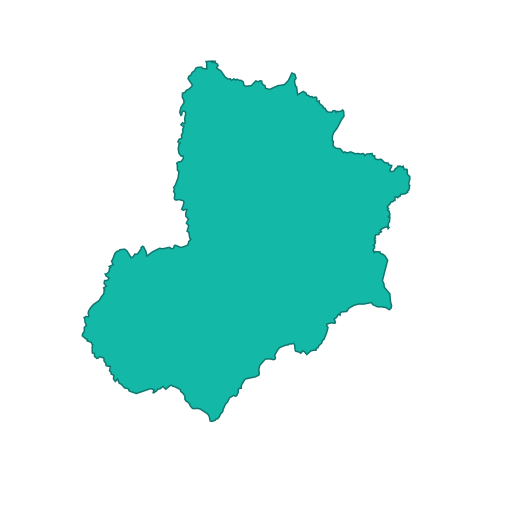 Maevatanana, Betsiboka, Madagascar (Mercator projection), rotated 208°
{"feature_id": "10022922B61824869015313", "entity_name": "Maevatanana", "entity_type": "district", "adm_level": 2, "iso_a3": "MDG", "parent_name": "Madagascar", "parent_adm1": "Betsiboka", "projection": "mercator", "projection_center": [47.013, -17.22], "detail": "fine", "context": "isolated", "style": "filled", "palette": "teal", "viewbox_px": 512, "rotation_deg": 208, "n_neighbors": 0, "source": "geoboundaries", "source_scale": "gbopen_adm2", "svg_char_len": 6087}
<svg xmlns="http://www.w3.org/2000/svg" viewBox="0 0 512 512"><g transform="rotate(208 256 256)"><path d="M386.8,407.1L391.4,404.3L390.1,403.2L387.3,398.1L391.3,396.5L392.7,397.3L396.4,394.9L397.3,393.6L397.2,390.7L398.6,388.1L398.4,385.3L399.7,383.1L399.3,380.7L392.4,377.0L392.4,375.0L393.9,371.3L395.3,369.6L395.5,367.2L397.4,365.2L395.5,361.4L393.6,360.4L391.5,357.7L392.0,351.7L390.8,347.1L388.3,344.9L387.9,345.6L388.8,348.6L388.2,349.8L387.0,350.4L385.1,349.2L383.3,343.3L381.1,340.4L381.5,339.2L383.4,339.2L384.0,336.9L383.3,336.4L380.5,336.5L380.2,333.1L378.7,331.3L378.6,327.6L377.0,325.6L377.2,324.4L378.6,323.2L378.6,320.2L377.6,319.6L376.0,320.0L376.3,318.0L375.0,314.1L372.2,310.5L368.9,309.0L367.3,310.0L366.0,308.3L366.5,304.2L368.7,302.6L369.6,300.7L368.4,299.7L365.6,294.8L363.7,294.4L361.5,288.5L360.5,280.4L360.9,277.8L359.5,276.8L359.0,274.2L356.6,272.8L355.3,268.6L354.1,267.7L352.7,267.9L350.7,269.6L346.3,270.6L345.0,270.1L343.9,266.2L343.6,262.4L341.7,262.2L339.7,264.5L338.8,264.4L338.2,261.1L336.6,258.1L333.1,257.1L332.9,252.3L329.6,251.2L328.5,245.5L326.4,245.4L323.0,240.8L321.4,240.3L322.2,237.1L321.3,233.8L324.2,230.2L326.5,228.2L332.2,227.7L333.0,226.8L332.5,224.5L333.1,223.3L334.3,222.7L336.4,223.1L342.0,218.4L344.7,217.6L349.4,211.0L352.4,204.7L355.0,208.1L359.6,211.4L360.7,211.4L361.4,209.6L360.8,208.3L361.5,202.4L362.1,201.5L363.9,200.8L364.1,197.8L365.5,195.9L372.1,199.8L375.1,200.4L379.1,197.7L379.4,196.4L381.2,194.5L381.8,191.8L380.9,185.2L381.2,183.7L378.1,181.2L380.7,177.9L379.0,177.4L379.5,176.1L378.5,173.1L379.3,170.3L380.7,169.3L379.2,168.1L375.3,167.6L375.8,164.6L378.2,163.2L377.2,160.4L374.0,159.2L375.6,156.2L373.8,155.4L374.2,154.5L373.4,153.4L372.7,150.8L373.5,146.8L373.5,143.3L376.8,136.7L377.8,132.6L377.9,128.5L377.2,126.4L375.8,125.2L375.5,123.5L377.5,122.9L378.9,120.9L377.3,119.7L376.2,117.6L373.1,115.1L374.1,112.4L372.2,108.8L372.6,105.9L371.9,104.0L367.4,103.0L365.6,103.2L365.3,101.8L360.8,102.4L359.6,101.2L358.3,100.9L358.0,98.7L355.0,93.5L352.9,94.1L351.6,91.7L348.4,90.8L347.4,91.8L346.7,94.0L344.5,93.9L343.5,94.6L342.1,94.1L340.9,92.0L338.2,90.7L337.0,88.9L335.1,89.1L332.8,90.3L331.5,85.9L329.0,85.1L328.5,83.8L325.6,84.0L324.1,80.5L321.3,79.1L320.6,82.4L317.1,79.5L314.5,79.5L310.1,77.8L306.8,78.8L305.7,78.6L305.2,77.6L304.3,77.3L297.1,78.4L287.1,89.1L285.8,89.6L283.2,89.9L282.7,87.0L282.1,87.1L280.3,90.6L280.2,92.3L278.3,93.8L276.9,97.1L273.1,96.0L271.0,101.4L269.8,102.2L268.2,101.9L266.3,102.5L260.2,102.6L258.8,101.0L256.5,100.7L253.6,99.2L252.4,98.1L251.8,96.4L249.9,95.1L248.1,95.1L244.9,94.0L244.0,92.9L241.0,91.7L239.8,91.7L236.2,93.9L233.9,94.7L224.7,93.9L222.2,92.6L219.0,88.8L217.6,89.1L215.0,91.6L214.9,92.9L213.4,94.4L212.9,96.7L213.2,99.7L212.3,102.9L213.0,105.3L213.4,111.1L212.6,113.6L212.8,118.5L210.3,122.4L208.1,122.6L207.5,123.7L207.7,127.4L209.0,129.8L208.5,131.4L206.9,132.3L208.2,134.8L208.0,141.2L207.5,142.6L199.8,149.0L197.6,152.1L197.7,153.3L200.4,157.5L201.3,161.3L199.4,169.4L195.4,171.7L191.8,172.7L190.8,173.9L191.0,175.3L192.6,176.5L192.9,178.4L192.7,183.8L192.0,186.4L187.6,191.6L185.9,192.5L185.3,194.1L183.5,194.8L182.1,196.5L180.3,195.8L177.2,191.2L176.1,190.6L173.0,191.4L170.8,191.2L170.1,194.4L168.4,194.3L164.9,192.8L163.1,197.8L160.9,199.9L158.8,200.9L159.3,202.8L158.2,204.2L158.4,206.5L157.1,209.9L157.7,212.3L156.8,214.5L157.6,221.4L158.8,226.6L161.1,228.0L161.4,229.1L157.8,232.7L156.0,232.9L154.6,234.0L154.8,234.8L157.4,237.1L156.1,239.4L156.0,243.2L154.0,243.2L154.7,244.9L154.5,246.5L149.9,249.6L149.5,253.6L146.1,258.7L142.8,261.8L138.2,264.2L132.2,269.1L130.1,267.9L124.8,268.2L121.4,270.0L117.3,271.4L113.0,271.2L112.3,273.6L113.0,275.9L115.4,278.3L120.1,285.4L127.9,288.6L130.4,291.9L132.8,293.5L137.8,314.1L142.2,316.6L144.9,317.1L147.3,316.7L148.5,317.8L152.5,315.9L153.2,314.5L154.3,315.8L155.2,315.9L155.6,317.6L155.1,318.7L156.1,320.6L157.1,320.4L156.7,323.6L157.7,324.0L157.5,325.3L158.6,325.5L159.3,326.3L158.6,327.4L159.8,328.4L160.3,330.9L157.6,332.7L158.2,334.2L156.6,336.3L158.5,337.2L156.7,340.5L154.6,342.9L153.0,343.0L152.2,342.1L151.9,343.8L153.0,343.9L153.8,345.2L154.6,347.6L154.2,348.7L156.0,353.2L157.4,352.6L157.6,353.8L157.0,354.5L157.5,355.9L159.9,358.3L161.6,358.4L161.3,360.2L163.2,360.9L162.2,364.9L162.3,366.7L160.7,368.3L160.1,370.1L159.4,370.3L160.9,373.3L159.9,374.2L158.4,373.9L157.7,374.9L157.7,376.2L156.9,376.5L157.2,378.4L153.4,381.0L152.0,383.6L152.8,384.3L152.1,385.6L152.3,387.8L153.4,389.5L153.3,390.4L154.1,390.5L155.4,392.1L156.4,396.6L157.3,397.3L157.5,398.4L160.5,399.1L163.1,403.2L163.5,403.4L165.7,402.1L168.3,404.4L168.9,403.0L171.2,403.1L171.7,402.0L172.9,402.1L172.9,400.2L174.0,398.5L173.9,396.2L175.2,394.7L177.3,393.7L178.2,394.8L178.2,398.7L178.8,399.7L181.2,398.7L182.9,400.1L186.2,398.8L190.9,400.2L193.6,398.3L195.8,397.8L197.5,398.5L198.1,400.1L200.2,399.4L201.6,401.0L206.1,398.0L207.0,395.7L208.8,396.8L210.1,396.5L211.5,395.0L213.4,394.7L216.5,392.9L221.3,392.4L223.9,389.8L226.5,389.6L227.1,388.3L232.2,390.3L235.5,388.8L237.8,388.9L239.9,389.8L241.5,393.6L243.0,393.9L244.9,398.1L245.3,401.7L244.4,406.9L244.5,417.3L243.9,420.6L246.6,425.0L248.1,425.6L248.6,424.2L251.0,422.1L252.5,421.8L252.8,420.5L254.6,421.4L256.3,420.2L256.4,418.7L256.9,418.3L259.8,417.0L261.8,417.1L262.1,417.7L263.4,417.8L264.1,418.9L266.4,418.4L267.1,419.6L271.7,420.5L272.9,422.6L274.4,421.3L275.5,421.9L276.3,423.9L277.7,424.5L280.1,422.6L281.4,423.1L283.1,421.9L284.9,422.4L287.0,421.9L288.3,423.3L291.6,423.5L294.9,417.9L299.6,424.4L300.8,424.4L301.7,425.8L302.5,426.1L304.5,429.5L304.0,431.7L307.0,434.7L310.2,434.5L309.8,426.3L311.4,420.6L316.7,416.6L322.3,409.4L326.6,408.6L327.9,410.6L330.4,410.6L332.2,411.7L333.0,413.1L334.6,412.8L335.8,410.9L338.4,410.5L340.1,404.2L344.6,401.1L346.9,401.2L348.9,403.7L351.5,404.1L353.4,403.2L355.7,403.2L356.8,401.7L358.6,402.1L360.1,399.6L362.0,400.4L363.7,399.1L367.2,399.5L373.9,403.0L378.7,403.4L379.2,404.1L378.8,406.2L380.4,407.4L383.1,407.4L383.4,408.8L385.8,407.7L384.9,407.2L385.4,406.3L386.8,407.1Z" fill="#14b8a6" stroke="#0f766e" stroke-width="1.5"/></g></svg>